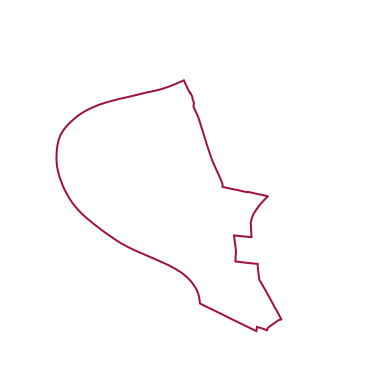 Yan Nawa, Bangkok Metropolis, Thailand (Natural Earth projection), rotated 121°
{"feature_id": "78962969B14857806522936", "entity_name": "Yan Nawa", "entity_type": "district", "adm_level": 2, "iso_a3": "THA", "parent_name": "Thailand", "parent_adm1": "Bangkok Metropolis", "projection": "natural_earth1", "projection_center": [100.54, 13.694], "detail": "fine", "context": "isolated", "style": "outline", "palette": "rose", "viewbox_px": 384, "rotation_deg": 121, "n_neighbors": 0, "source": "geoboundaries", "source_scale": "gbopen_adm2", "svg_char_len": 3463}
<svg xmlns="http://www.w3.org/2000/svg" viewBox="0 0 384 384"><g transform="rotate(121 192 192)"><path d="M100.5,256.5L103.4,258.6L103.5,258.7L107.7,261.6L111.3,264.3L114.7,267.0L116.6,268.7L119.5,271.1L123.0,274.6L126.5,278.2L129.0,281.0L131.5,283.6L141.3,293.5L144.5,296.8L149.2,301.8L154.1,306.6L157.8,310.2L159.0,311.3L162.4,314.3L164.1,315.8L165.7,317.1L167.3,318.3L170.6,320.7L173.9,323.0L175.6,324.0L177.6,325.2L179.6,326.3L181.7,327.3L183.7,328.3L185.8,329.2L187.6,329.9L189.5,330.5L191.3,331.1L195.0,332.2L196.9,332.7L198.8,333.1L200.7,333.5L202.6,333.8L204.5,334.0L206.5,334.1L208.4,334.1L210.3,334.1L212.4,333.8L214.6,333.4L216.7,332.9L218.8,332.2L220.9,331.5L222.9,330.7L224.7,329.9L226.4,329.1L228.1,328.2L231.4,326.4L233.1,325.4L234.9,324.2L236.8,322.9L238.5,321.6L240.3,320.3L247.2,313.5L253.7,305.3L255.0,303.4L256.2,301.5L258.5,297.5L259.8,295.1L260.8,293.4L261.4,292.0L261.8,291.3L262.8,289.2L263.7,287.0L264.5,284.7L265.3,282.4L265.6,281.5L265.8,280.9L266.1,280.0L266.7,277.7L267.3,275.3L267.8,273.0L268.3,270.6L268.7,268.3L269.4,263.5L270.1,258.8L270.6,254.0L270.9,251.6L271.4,246.7L271.8,241.8L272.1,236.8L272.4,231.7L272.4,229.2L272.5,226.6L272.4,224.2L272.3,221.7L272.0,216.7L271.5,211.7L271.3,209.2L270.6,204.2L268.7,190.0L267.8,183.1L267.4,179.9L267.3,178.6L266.8,174.0L266.6,169.6L266.4,165.1L266.5,162.9L266.5,160.7L266.7,158.2L267.1,155.7L267.5,153.2L268.0,150.8L268.7,148.4L269.5,146.1L270.3,143.9L271.3,141.7L272.2,139.8L273.3,138.0L274.4,136.3L276.9,133.2L281.7,129.1L283.5,127.7L280.9,97.8L280.5,92.5L280.4,91.1L279.5,80.8L278.5,69.8L278.1,65.2L276.8,65.7L276.0,66.0L275.0,66.5L274.2,66.9L273.8,65.3L273.4,63.8L273.2,63.2L272.9,61.7L272.7,61.0L272.4,59.2L272.2,58.1L272.0,56.6L271.9,56.5L271.6,56.5L271.2,56.7L270.9,56.8L270.5,56.9L270.2,56.9L269.8,56.9L269.5,56.9L269.2,56.9L268.8,56.8L268.3,56.6L267.9,56.4L267.6,56.3L267.0,56.1L266.3,55.8L265.3,55.3L264.5,55.0L263.6,54.6L262.7,54.2L262.1,53.9L261.1,53.5L260.4,53.2L259.6,52.8L259.0,52.6L258.6,52.4L258.4,52.3L257.6,52.0L257.1,51.7L256.4,51.0L255.5,50.1L255.4,50.0L255.2,49.9L253.8,52.1L252.3,54.5L250.5,57.6L249.7,58.9L248.3,61.6L247.1,63.6L246.2,65.0L245.5,66.3L244.5,67.9L243.9,69.0L242.6,71.1L240.2,75.4L238.5,78.2L237.6,79.8L235.9,82.9L234.0,86.3L232.7,88.8L232.5,89.1L232.3,89.3L232.0,89.6L230.1,91.1L226.9,93.6L224.5,95.4L221.5,97.6L219.8,98.7L221.1,101.4L224.1,107.7L227.2,114.6L229.1,119.0L225.0,121.3L220.9,123.3L220.0,123.9L218.4,125.0L213.8,128.7L212.7,129.6L207.6,133.6L206.4,131.1L203.5,124.8L202.5,122.8L200.3,118.1L200.1,117.8L198.6,118.8L194.3,121.6L188.3,125.7L185.4,126.7L183.5,127.3L181.4,127.6L179.3,128.0L172.5,127.7L170.4,127.5L167.3,127.2L166.1,126.9L164.5,126.6L160.4,125.7L157.9,125.1L156.8,124.8L156.7,125.4L156.8,125.5L158.3,130.1L160.8,137.2L161.9,140.7L163.1,144.3L163.5,144.5L163.9,144.8L164.2,145.7L167.3,155.2L168.8,159.3L170.3,163.8L170.7,164.9L171.9,168.5L171.7,168.6L170.6,169.2L169.8,169.7L169.3,170.2L168.7,170.9L165.3,175.4L162.6,179.3L159.9,183.3L154.1,191.5L150.6,195.6L146.6,200.4L124.5,225.3L122.1,228.8L118.9,233.6L118.1,234.6L117.1,235.2L116.2,235.6L115.2,235.8L114.3,236.6L114.1,236.8L113.8,237.2L113.4,237.6L113.2,237.9L113.0,238.2L112.6,238.8L112.3,239.1L111.9,239.5L111.5,239.9L110.9,240.2L110.3,240.7L109.5,241.9L108.4,243.6L108.6,243.7L108.6,243.8L108.3,244.2L108.3,244.5L107.9,245.1L107.7,245.2L107.4,245.5L107.5,246.1L106.8,247.1L104.7,250.2L102.2,254.0L100.5,256.5Z" fill="none" stroke="#9f1239" stroke-width="2"/></g></svg>